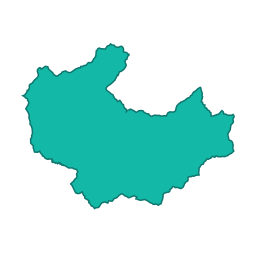 the district of Ba Che, Quảng Ninh, Vietnam, rotated 184°
{"feature_id": "81297802B18420716282175", "entity_name": "Ba Che", "entity_type": "district", "adm_level": 2, "iso_a3": "VNM", "parent_name": "Vietnam", "parent_adm1": "Quảng Ninh", "projection": "robinson", "projection_center": [107.168, 21.26], "detail": "fine", "context": "isolated", "style": "filled", "palette": "teal", "viewbox_px": 256, "rotation_deg": 184, "n_neighbors": 0, "source": "geoboundaries", "source_scale": "gbopen_adm2", "svg_char_len": 5805}
<svg xmlns="http://www.w3.org/2000/svg" viewBox="0 0 256 256"><g transform="rotate(184 128 128)"><path d="M175.7,59.7L175.4,59.8L174.8,59.4L173.9,59.1L172.3,59.2L170.7,59.9L169.3,61.1L169.1,61.1L169.0,60.7L167.8,58.0L167.2,57.4L166.3,57.2L166.2,55.1L165.1,54.3L164.0,54.0L163.5,53.6L161.8,52.7L161.7,52.5L162.1,51.4L162.0,50.8L161.0,50.3L159.0,47.6L157.9,47.5L157.2,47.0L155.7,45.3L154.6,46.2L153.0,46.4L151.7,46.8L150.7,48.4L150.3,49.5L148.6,51.7L147.7,51.9L146.2,52.6L144.7,52.3L143.3,51.7L142.8,51.8L142.7,52.7L142.1,54.0L138.8,53.8L137.4,55.6L137.2,56.6L135.4,57.1L134.0,58.0L132.5,59.9L130.7,61.5L128.9,61.8L128.5,61.6L126.4,60.1L124.3,59.6L122.9,58.5L121.9,58.6L119.3,59.9L118.4,60.2L117.2,61.0L116.3,60.5L114.4,59.8L115.2,58.0L115.2,57.8L114.3,57.8L112.9,57.2L110.3,56.8L106.1,57.9L104.8,57.2L104.0,57.1L103.2,56.5L102.6,56.3L101.1,55.2L98.5,54.4L97.8,53.8L97.2,53.6L95.6,53.8L94.3,54.1L92.4,53.1L90.8,54.3L89.7,54.8L89.6,55.2L89.4,56.1L89.4,57.3L89.0,57.8L88.6,59.0L88.2,62.6L88.6,63.7L88.3,64.4L87.3,65.4L86.6,65.8L84.1,66.7L83.1,66.8L82.8,67.0L81.8,68.1L82.0,69.6L81.1,70.1L80.2,71.0L79.5,72.6L78.1,72.8L77.3,72.1L76.7,71.8L74.6,72.2L71.9,71.4L70.8,71.3L68.7,73.1L68.6,74.0L68.0,74.9L67.9,76.3L67.4,76.7L66.6,78.0L64.6,79.5L64.5,80.7L64.7,82.9L64.6,83.2L63.8,83.6L61.7,83.8L60.4,84.7L59.3,84.4L58.8,84.5L57.6,85.3L54.6,86.1L53.9,86.0L54.4,88.6L54.2,91.5L54.4,92.7L52.3,96.4L51.8,96.8L50.5,97.1L49.7,99.3L47.9,101.0L47.1,102.7L45.8,102.4L43.9,103.5L43.4,103.6L42.8,104.2L42.3,105.2L41.9,105.6L41.3,105.6L39.6,104.8L39.0,105.2L38.4,106.3L37.4,106.1L36.1,105.6L34.6,105.8L33.0,105.8L32.0,106.3L30.2,106.1L29.2,106.3L28.4,106.8L26.6,107.4L25.4,108.7L23.3,109.8L20.9,112.2L20.9,112.5L21.5,113.5L21.9,114.5L22.1,116.5L21.8,118.1L22.3,119.2L22.8,121.1L23.5,121.8L24.6,122.7L26.0,122.8L26.9,124.0L26.9,125.3L27.6,126.7L27.9,128.6L27.8,129.4L27.4,130.2L27.3,130.8L26.7,131.7L25.9,133.3L25.6,137.9L23.4,140.9L23.3,141.7L23.9,143.9L23.9,144.5L22.9,146.5L23.0,147.2L24.1,148.8L25.8,147.9L29.7,147.7L31.4,148.7L33.2,148.6L33.5,148.7L33.8,150.1L34.2,150.9L35.5,151.9L36.1,151.3L37.9,148.8L39.1,147.8L40.0,147.8L40.9,147.1L42.1,146.9L42.8,146.3L44.1,145.8L46.0,145.8L46.1,147.5L46.5,149.2L47.4,149.4L47.9,150.5L48.1,150.8L49.9,151.6L51.1,153.4L51.9,153.5L52.6,154.0L53.1,155.1L52.9,156.3L54.5,156.5L55.3,157.8L55.3,158.6L55.5,158.9L56.1,159.0L56.7,159.3L56.4,161.3L56.0,162.5L56.2,163.2L55.7,164.2L56.5,165.7L56.3,168.0L56.8,168.7L57.2,169.9L57.7,170.8L58.2,173.2L58.9,173.6L61.3,171.8L63.6,169.2L64.5,168.9L65.4,168.0L66.7,165.2L67.8,164.6L68.6,162.8L70.3,162.2L71.1,161.4L71.8,161.1L72.7,159.9L76.0,157.8L77.2,157.5L77.7,156.5L78.4,156.3L79.5,155.2L81.0,153.2L81.8,148.7L82.7,147.5L83.9,147.1L87.9,146.9L88.3,146.4L89.3,145.8L90.7,142.6L92.3,142.9L95.2,142.2L97.5,142.6L98.1,142.9L100.0,142.4L101.3,142.8L103.0,142.4L105.2,141.3L105.9,141.4L106.7,141.9L107.5,142.2L108.0,142.8L108.1,143.3L108.5,143.6L109.1,143.5L111.5,143.9L112.4,144.6L113.6,145.1L114.2,146.2L116.5,146.4L117.3,146.0L118.5,146.0L119.1,145.3L120.4,144.5L121.1,144.3L123.6,145.8L124.7,146.1L126.6,147.0L127.6,146.7L128.0,146.1L129.6,145.7L130.3,145.1L130.7,144.5L130.7,145.4L131.2,146.6L131.7,147.1L133.0,147.8L133.4,148.5L134.0,149.9L134.1,150.9L136.0,151.9L136.5,153.2L137.9,154.9L138.4,155.0L139.7,153.8L140.4,153.7L141.4,155.6L142.1,155.6L142.9,156.1L144.6,158.5L145.2,159.9L145.7,160.3L147.4,161.0L149.0,162.4L150.0,162.8L152.1,164.4L152.6,165.4L152.6,166.1L151.6,168.1L148.8,170.2L146.4,172.5L145.4,173.8L144.5,174.6L142.3,179.9L141.7,179.7L141.5,179.9L140.6,183.3L140.1,183.7L139.0,183.9L136.6,185.8L135.7,187.0L134.3,189.7L134.2,190.7L135.4,193.2L135.6,194.1L135.5,194.8L135.1,195.8L133.9,196.5L133.6,198.7L133.2,199.5L132.1,200.8L132.1,201.3L132.4,201.7L133.3,201.8L134.4,203.0L135.4,203.3L137.4,203.5L137.9,203.8L137.9,206.1L138.3,207.2L139.0,208.3L140.1,209.0L141.3,208.9L142.8,207.9L145.5,207.9L146.2,208.2L147.6,209.6L150.0,209.8L151.2,210.7L152.4,209.1L153.9,208.5L154.6,208.0L156.1,205.2L160.6,205.2L161.9,205.7L162.9,205.5L163.8,204.8L164.4,203.2L165.0,202.8L165.1,201.3L165.0,199.6L165.4,196.7L167.1,194.4L168.3,191.4L169.0,191.2L170.1,190.3L171.7,190.6L172.2,190.4L174.3,187.6L176.3,187.2L178.0,186.1L179.3,186.2L179.8,184.8L181.3,184.7L183.0,183.7L183.9,183.5L188.5,179.7L189.8,179.2L191.7,179.3L194.4,180.6L197.3,179.4L197.6,179.3L198.4,177.7L198.9,177.5L202.6,174.6L204.8,175.5L205.7,176.1L206.9,177.8L210.0,180.2L211.4,181.4L212.3,183.6L214.2,183.6L214.7,183.8L218.6,180.6L219.1,181.6L219.5,181.8L220.2,182.0L220.8,181.8L222.2,180.2L222.4,179.5L222.3,177.9L221.1,175.0L221.3,173.0L223.9,169.9L224.6,169.4L226.1,167.1L226.5,166.2L227.9,165.4L229.3,164.1L229.4,163.6L229.2,161.5L229.8,159.0L230.0,158.8L231.1,158.7L231.4,156.8L232.8,154.4L234.0,153.3L235.1,152.9L233.1,151.8L231.8,150.5L230.6,150.4L230.2,149.8L230.0,148.3L229.2,147.7L228.8,146.8L229.1,144.4L231.3,140.1L228.8,136.7L227.9,135.1L227.3,132.8L227.6,132.1L227.6,131.4L226.1,127.6L226.0,125.0L225.7,124.4L224.7,123.5L223.6,120.8L223.0,116.7L223.0,115.2L223.6,114.0L223.4,111.7L224.4,110.4L224.0,106.1L221.1,103.5L221.3,102.1L219.6,97.5L216.5,97.5L214.5,98.7L213.7,97.1L211.8,95.3L211.4,94.1L210.4,94.1L209.5,93.2L208.9,92.4L207.1,91.4L206.4,91.5L205.9,91.2L205.6,91.2L205.1,91.3L204.7,91.9L203.8,91.5L203.0,91.7L202.2,91.5L201.4,91.6L201.5,90.9L200.9,90.2L201.5,90.0L201.7,89.7L201.4,88.9L200.8,88.4L198.9,88.7L198.1,87.8L197.8,87.9L197.6,88.3L197.2,88.3L196.6,88.1L196.1,87.5L195.8,87.4L195.3,87.7L194.7,88.7L194.2,88.2L193.5,88.4L193.4,87.5L193.1,87.1L192.9,87.1L192.1,87.6L191.4,86.4L190.5,86.3L190.0,86.7L189.7,86.2L188.1,86.0L184.5,84.0L180.5,84.3L179.7,83.6L176.5,83.1L175.0,80.8L176.1,78.5L175.6,76.4L175.5,75.6L175.7,74.9L177.5,73.1L178.8,70.9L181.3,68.3L181.2,68.0L180.0,67.1L175.7,59.7Z" fill="#14b8a6" stroke="#0f766e" stroke-width="1.5"/></g></svg>